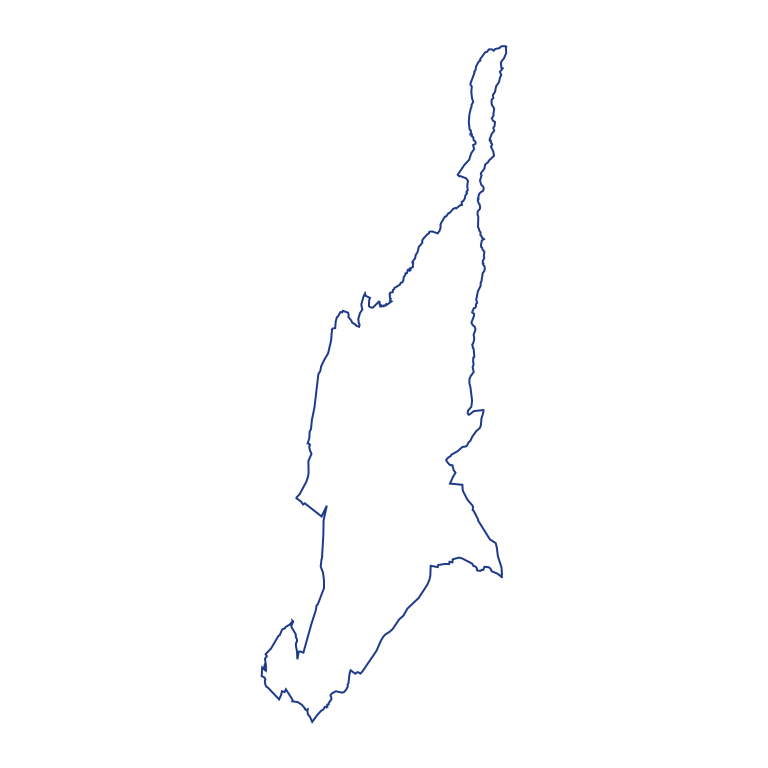 Xiutetelco, Puebla, Mexico (Equal Earth projection)
{"feature_id": "50627088B11716767923603", "entity_name": "Xiutetelco", "entity_type": "district", "adm_level": 2, "iso_a3": "MEX", "parent_name": "Mexico", "parent_adm1": "Puebla", "projection": "equal_earth", "projection_center": [-97.339, 19.746], "detail": "fine", "context": "isolated", "style": "outline", "palette": "blue", "viewbox_px": 768, "rotation_deg": 0, "n_neighbors": 0, "source": "geoboundaries", "source_scale": "gbopen_adm2", "svg_char_len": 6087}
<svg xmlns="http://www.w3.org/2000/svg" viewBox="0 0 768 768"><path d="M321.6,516.5L326.8,505.7L323.6,520.2L323.3,535.7L322.0,558.1L321.5,559.3L320.7,566.7L323.0,572.6L324.0,580.5L324.0,588.1L317.8,604.3L316.6,605.4L315.8,610.2L311.5,623.6L303.4,652.6L300.5,651.5L298.7,651.7L297.4,659.3L296.9,650.8L295.9,645.9L296.0,643.1L297.0,641.4L297.0,639.7L295.8,636.7L295.7,634.2L291.5,627.1L291.3,625.9L293.2,621.5L292.4,620.7L292.5,621.6L289.6,624.6L285.5,627.1L285.0,628.3L282.2,629.4L279.8,635.0L278.3,636.1L271.1,648.4L265.6,654.2L266.9,656.1L265.0,658.7L265.9,665.6L264.8,664.7L264.2,667.1L265.3,667.3L266.1,669.1L265.8,670.8L262.2,667.5L261.7,676.2L264.3,677.4L265.4,679.3L264.8,681.3L265.3,684.4L266.2,686.5L268.3,688.0L279.1,699.4L281.2,694.7L281.9,691.2L284.6,692.1L285.9,689.3L292.5,699.7L292.2,701.3L297.7,702.1L301.9,704.8L305.3,708.9L305.1,709.3L306.4,710.1L307.7,709.4L307.4,711.3L308.0,714.6L309.8,716.5L312.2,721.9L317.5,714.7L321.1,710.8L323.2,709.6L324.9,706.9L326.0,706.7L326.6,707.4L327.4,706.9L327.3,704.6L328.7,704.3L328.8,702.9L331.3,699.5L331.4,698.1L330.5,695.2L331.9,693.4L335.9,691.3L342.4,692.7L344.3,691.8L346.4,689.4L347.7,686.5L347.7,684.5L348.5,683.0L349.5,674.0L350.6,670.3L355.2,673.7L357.0,672.3L358.1,672.2L360.4,673.6L362.3,671.6L376.5,650.8L380.7,641.1L383.2,636.8L385.5,634.3L389.5,631.9L392.7,629.0L399.3,619.2L403.5,615.6L407.3,608.7L418.8,597.8L427.5,584.4L429.3,580.1L430.3,575.8L430.7,565.8L437.8,567.1L438.2,565.0L445.3,563.9L449.1,564.1L449.5,561.8L452.4,562.4L452.7,559.3L459.1,557.6L461.9,558.3L472.1,563.6L473.5,566.0L475.4,566.5L476.9,568.3L476.9,570.1L477.8,570.6L480.2,570.9L481.7,569.9L483.1,570.0L484.5,566.8L488.9,567.3L490.5,568.7L491.7,571.3L497.6,573.7L502.4,577.7L501.6,576.2L501.6,574.5L502.0,574.4L501.5,567.5L497.9,556.2L496.7,547.0L495.7,543.1L489.9,539.4L478.1,520.5L478.1,519.4L473.6,510.7L472.7,510.2L473.0,506.8L472.3,505.3L467.5,499.8L463.1,491.3L462.6,489.0L462.4,484.8L450.0,483.6L452.9,477.0L455.5,472.7L453.7,470.2L452.3,465.2L449.8,465.0L446.7,461.4L446.2,459.8L448.4,457.4L450.5,456.2L451.5,454.6L457.8,451.1L462.3,447.0L466.1,446.4L467.2,445.3L468.3,442.8L470.5,440.5L472.2,436.8L476.1,431.3L479.9,427.9L480.8,425.6L481.5,418.2L483.4,412.4L483.4,410.0L473.9,411.1L469.4,414.6L468.5,414.7L467.7,413.3L468.0,410.7L471.3,406.8L472.1,400.8L470.5,387.8L469.4,383.1L469.4,379.6L470.5,376.3L473.7,372.1L472.6,366.9L473.6,364.8L473.1,361.3L473.3,357.6L474.2,357.2L474.3,355.9L473.6,348.8L472.7,347.8L472.8,346.2L472.2,344.6L473.1,343.4L474.0,340.4L474.2,338.0L473.6,334.8L475.5,329.6L474.7,326.8L472.6,324.9L471.4,322.7L473.9,316.1L474.1,313.9L472.1,312.3L473.8,308.2L475.2,307.8L476.0,306.4L475.9,304.2L477.2,302.8L476.2,299.7L477.9,291.3L480.6,285.9L480.7,282.5L481.4,281.6L482.7,273.2L484.3,271.0L484.7,269.4L484.7,266.8L483.1,264.4L483.4,263.5L482.8,263.2L482.7,261.3L484.3,257.9L483.8,256.7L484.4,251.6L482.6,249.7L482.2,247.8L481.2,247.0L480.9,245.5L481.8,240.5L484.0,239.1L481.7,237.4L481.6,236.2L480.3,234.8L480.6,232.4L479.2,230.5L479.1,229.2L478.0,227.0L478.3,216.9L477.5,214.4L477.7,211.5L479.9,208.9L480.1,207.4L479.6,204.3L478.8,203.6L477.8,200.8L478.5,199.1L477.8,198.7L478.6,196.6L478.8,194.4L480.6,192.3L483.0,190.9L483.8,188.5L483.1,186.6L481.2,184.6L480.0,180.5L481.6,175.4L480.8,174.1L481.0,173.1L484.3,168.8L485.3,164.3L488.0,162.3L489.0,160.5L494.0,155.8L493.4,151.8L490.9,146.6L492.1,144.8L492.0,143.8L491.2,143.1L490.8,140.7L490.0,140.9L489.5,139.8L491.8,133.8L494.2,130.8L493.3,128.0L494.6,125.8L495.0,122.0L492.9,120.6L491.8,118.3L493.7,115.2L493.4,114.0L494.2,108.7L491.7,104.4L491.5,100.7L492.1,99.1L493.3,98.2L492.9,94.9L495.0,91.9L496.1,86.3L499.0,82.1L500.0,77.6L501.3,75.0L499.9,71.9L502.7,68.4L501.4,67.9L500.9,63.3L501.3,61.7L504.0,58.3L506.2,53.0L505.9,47.6L506.3,46.7L505.7,46.3L502.8,46.1L500.7,46.7L499.5,48.1L495.2,49.0L493.8,50.7L491.9,49.4L489.1,49.3L486.9,51.9L485.2,52.3L480.0,59.4L480.4,60.6L478.6,61.7L476.1,66.5L475.5,70.1L474.2,71.9L474.5,72.4L473.4,75.7L470.4,83.7L470.5,84.8L471.8,86.6L471.3,91.4L471.9,97.6L473.2,102.1L471.6,104.7L471.5,107.1L470.8,108.3L469.4,114.6L468.8,122.0L469.6,129.4L471.0,130.8L470.4,134.5L471.2,134.4L471.4,133.7L472.0,134.5L471.7,136.2L473.2,137.1L473.7,140.4L475.3,141.4L475.7,142.9L475.4,143.9L473.1,145.1L474.1,149.1L471.2,153.3L469.2,159.7L464.4,164.9L457.7,174.8L459.5,176.4L460.4,176.1L466.1,178.3L468.0,180.9L467.2,185.8L467.8,190.3L466.6,191.5L466.4,192.3L467.1,193.2L465.4,195.4L464.8,198.6L463.2,201.1L461.8,201.7L461.8,205.1L460.5,205.0L456.2,208.4L455.4,208.0L453.2,208.8L449.6,213.0L448.4,213.2L446.1,216.5L444.9,216.6L441.4,222.5L440.5,224.6L440.6,227.7L439.6,230.7L437.7,233.4L432.3,231.5L430.1,231.6L429.2,232.0L428.8,233.6L427.2,234.4L423.0,239.1L422.2,240.8L422.3,242.8L418.8,246.9L417.6,252.0L415.7,255.0L415.1,258.3L412.4,261.8L412.4,262.6L413.2,262.9L412.8,267.2L409.6,268.5L409.9,269.4L410.6,269.3L410.5,270.3L409.5,270.7L409.2,270.0L407.8,269.9L407.0,273.0L405.5,273.4L405.5,274.5L403.7,277.2L403.4,280.1L402.5,282.2L400.7,282.8L400.0,284.6L394.3,288.1L393.9,289.4L392.9,290.0L392.7,292.2L390.2,292.7L389.5,294.4L390.1,295.7L389.7,297.0L390.0,298.1L390.8,298.7L389.9,300.7L391.5,301.4L387.4,304.4L386.4,304.0L385.9,305.5L384.2,305.3L383.7,306.4L381.8,305.6L380.9,306.7L380.2,306.5L380.4,304.6L379.6,304.4L379.6,301.9L378.9,301.6L372.9,307.6L371.8,307.7L369.2,306.6L368.9,305.5L369.2,300.1L370.0,297.9L365.6,295.8L365.0,293.5L363.5,296.6L361.3,304.5L362.3,309.7L360.0,313.0L358.3,319.1L358.8,323.3L359.6,324.4L359.1,326.8L356.3,325.7L355.5,324.6L352.2,322.6L351.3,320.6L348.3,316.8L348.7,314.7L348.1,312.7L342.9,310.8L342.2,312.4L340.4,312.1L337.8,316.6L336.9,317.2L335.7,321.5L335.2,328.1L332.5,328.6L331.8,329.9L332.1,331.4L331.6,333.0L331.2,340.0L328.1,353.4L324.1,360.1L321.1,366.6L320.3,371.0L318.4,374.0L314.4,407.8L311.9,419.9L311.0,429.0L309.7,431.5L309.3,438.1L307.7,443.5L309.4,444.0L310.0,445.1L309.2,446.6L309.9,450.1L311.5,453.9L308.4,460.9L308.6,472.9L308.1,476.2L306.5,481.4L299.6,494.3L296.7,497.2L296.4,498.2L301.2,501.7L303.1,504.5L304.8,503.3L321.6,516.5Z" fill="none" stroke="#1e3a8a" stroke-width="2"/></svg>